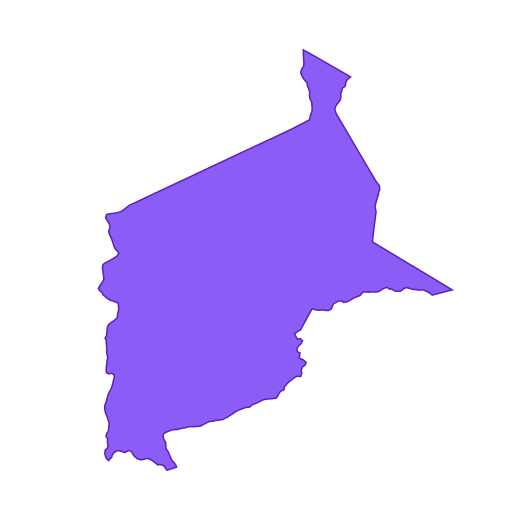 the district of Araci, Bahia, Brazil, rotated 259°
{"feature_id": "56859067B44798977515529", "entity_name": "Araci", "entity_type": "district", "adm_level": 2, "iso_a3": "BRA", "parent_name": "Brazil", "parent_adm1": "Bahia", "projection": "orthographic", "projection_center": [-39.114, -11.24], "detail": "fine", "context": "isolated", "style": "filled", "palette": "violet", "viewbox_px": 512, "rotation_deg": 259, "n_neighbors": 0, "source": "geoboundaries", "source_scale": "gbopen_adm2", "svg_char_len": 3976}
<svg xmlns="http://www.w3.org/2000/svg" viewBox="0 0 512 512"><g transform="rotate(259 256 256)"><path d="M135.3,78.4L132.5,78.3L129.9,78.5L126.8,79.2L124.5,79.4L122.3,79.7L119.3,79.9L117.4,79.1L114.8,78.5L112.5,77.7L110.8,76.0L107.7,74.3L104.9,75.4L101.7,74.6L98.3,74.6L95.8,73.6L94.2,70.9L91.1,69.9L88.0,70.0L85.3,70.7L83.3,72.4L84.7,74.0L86.0,75.9L88.1,77.0L90.0,79.1L91.4,82.4L90.6,85.5L88.1,89.7L89.3,93.6L88.1,96.3L85.8,97.0L82.6,98.4L79.4,101.0L77.8,104.2L77.9,107.6L78.1,110.4L76.7,113.2L74.9,115.1L72.0,117.9L69.8,119.4L69.4,122.7L67.5,125.6L64.8,126.7L62.7,127.8L63.9,137.8L66.5,137.3L69.3,135.7L72.1,134.3L74.4,133.7L76.7,133.3L79.6,132.7L82.6,131.6L84.6,130.9L87.4,131.4L90.2,131.8L93.3,130.6L96.2,130.3L99.1,131.2L100.1,133.9L100.7,137.2L101.3,140.3L101.1,142.9L100.7,145.3L100.9,148.3L101.2,150.8L100.8,153.0L101.1,155.3L101.2,158.3L100.5,161.4L100.1,164.4L99.8,167.0L99.6,169.2L100.6,172.1L101.6,175.4L102.5,178.8L102.0,181.4L102.2,185.3L101.9,189.2L101.9,192.7L102.8,195.3L103.3,197.5L104.3,199.6L105.3,202.3L107.0,206.2L108.2,210.0L108.7,213.9L109.3,217.0L109.0,219.1L109.0,221.3L110.9,224.2L111.3,227.5L111.9,229.8L112.5,232.4L113.2,234.3L113.6,237.3L112.6,248.2L113.7,250.1L115.7,251.6L117.7,253.2L118.9,255.6L119.4,258.1L121.8,258.6L124.5,261.9L126.4,264.7L127.4,266.8L128.4,268.7L129.4,270.8L130.2,273.4L129.1,276.9L132.0,278.5L135.3,278.6L138.2,280.5L139.5,283.3L141.8,284.9L145.0,282.7L147.5,279.1L150.2,279.8L152.4,280.8L154.2,278.4L157.3,278.5L159.5,280.6L161.4,283.7L163.9,285.5L166.6,283.7L166.2,281.1L169.2,279.8L172.2,279.0L173.1,281.0L174.3,282.9L174.6,285.3L193.3,300.8L192.6,303.0L191.4,304.9L190.7,307.6L190.4,310.9L189.3,313.9L188.7,316.6L189.5,319.6L191.5,321.2L193.9,322.4L195.1,325.4L195.8,327.6L195.9,331.0L193.7,333.1L193.6,336.1L194.5,339.5L195.6,342.6L196.5,345.3L196.9,348.2L197.3,350.4L198.9,352.5L200.3,354.2L199.6,357.3L198.8,360.9L198.6,363.8L197.7,366.6L197.7,369.4L198.3,371.6L199.4,373.7L200.0,376.3L200.2,378.7L198.1,380.6L197.4,383.3L195.1,385.5L194.4,388.3L193.9,391.0L195.5,394.4L196.4,397.4L194.7,400.9L193.3,403.6L192.5,406.6L191.4,409.5L190.8,413.8L189.1,416.2L186.8,419.2L184.0,421.5L185.3,442.1L202.0,423.7L203.5,422.0L233.3,388.9L243.6,377.5L247.7,373.0L262.6,377.7L276.5,382.3L278.6,382.2L282.3,382.5L287.6,384.9L290.1,386.2L292.5,387.8L295.0,388.4L296.8,389.7L298.7,390.4L301.5,390.4L304.2,389.2L306.6,388.0L339.5,376.3L380.5,361.9L384.8,361.3L387.5,362.6L390.0,365.0L392.8,368.3L396.1,369.8L399.1,370.1L401.5,371.7L404.3,372.7L405.4,375.7L407.2,376.7L409.5,377.3L411.5,379.2L412.8,381.0L413.8,383.0L443.8,348.4L449.3,341.7L440.5,340.3L438.2,340.1L435.2,339.6L432.9,338.8L431.6,337.2L429.5,335.8L427.2,334.9L424.0,335.4L421.2,336.4L418.6,337.7L416.3,339.2L413.5,339.0L410.4,339.5L406.7,340.0L403.3,339.1L400.5,338.9L398.0,339.6L395.6,340.0L393.1,339.6L389.9,339.3L387.0,338.4L384.1,336.4L381.7,335.4L379.4,334.4L373.4,313.8L358.7,255.1L344.1,197.4L330.6,144.0L330.0,141.4L328.3,138.1L326.8,135.2L325.3,131.8L325.0,128.4L325.0,124.7L325.3,121.6L325.3,117.4L322.3,115.6L319.1,116.7L316.0,117.9L313.7,118.4L311.1,117.6L308.6,116.2L305.6,116.2L301.1,117.3L297.2,118.0L292.6,118.4L289.8,119.1L286.9,121.1L284.6,121.8L282.5,119.5L281.3,116.8L280.2,113.6L279.0,110.0L278.0,106.7L277.0,104.4L274.3,103.1L271.2,102.9L268.4,102.6L265.3,102.6L261.4,101.9L258.2,98.7L256.7,97.0L254.3,95.1L251.9,95.9L249.6,97.9L247.0,98.5L245.4,99.9L243.5,101.3L241.7,103.0L240.2,104.6L239.3,106.8L238.0,108.8L236.0,111.7L232.7,111.4L229.4,111.0L225.6,109.1L222.0,108.0L220.6,106.1L219.4,103.7L218.1,100.5L216.5,97.9L214.4,96.5L212.1,95.7L209.4,95.1L206.0,93.9L204.3,92.2L201.8,92.9L199.1,92.4L196.6,92.2L193.9,91.9L191.5,91.3L189.5,91.0L186.5,91.0L184.2,91.2L182.2,89.9L178.7,89.0L174.9,87.6L171.8,87.0L169.7,87.1L168.2,89.4L168.5,91.6L167.0,93.7L164.4,94.0L161.3,92.4L158.5,91.3L155.6,89.8L153.0,88.3L150.9,86.3L148.6,84.7L146.5,83.6L143.5,82.1L141.0,80.8L138.7,79.3L135.3,78.4Z" fill="#8b5cf6" stroke="#5b21b6" stroke-width="1.5"/></g></svg>